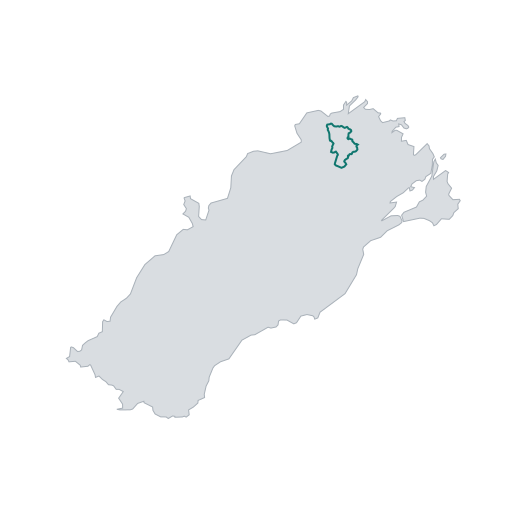 Turkey, with Denizli highlighted, rotated 144°
{"feature_id": "TUR-2274", "entity_name": "Denizli", "entity_type": "Province", "adm_level": 1, "iso_a3": "TUR", "parent_name": "Turkey", "parent_adm1": "", "projection": "orthographic", "projection_center": [29.199, 37.681], "detail": "fine", "context": "in_parent", "style": "outline", "palette": "teal", "viewbox_px": 512, "rotation_deg": 144, "n_neighbors": 0, "source": "natural_earth", "source_scale": "10m", "svg_char_len": 5172}
<svg xmlns="http://www.w3.org/2000/svg" viewBox="0 0 512 512"><g transform="rotate(144 256 256)"><path d="M380.8,171.7L387.7,173.2L389.5,171.2L395.5,170.6L401.0,171.1L403.4,166.8L407.2,166.7L408.2,168.6L410.1,169.0L416.4,173.2L415.9,174.0L417.5,175.6L422.5,176.1L423.3,178.6L427.7,181.9L430.5,187.5L430.1,191.7L428.4,194.6L432.8,203.1L432.1,204.4L438.4,206.3L445.7,204.7L448.2,205.5L456.5,211.4L458.7,213.8L453.3,211.3L451.0,214.6L450.7,221.7L443.1,224.3L445.1,228.5L447.5,230.3L447.5,234.6L448.4,236.2L451.0,238.6L451.3,242.5L452.8,246.4L453.6,251.2L457.2,252.1L456.0,254.6L453.9,265.0L454.3,265.8L456.8,265.6L463.1,269.2L462.4,270.9L464.0,277.0L469.5,280.3L469.1,282.5L469.6,284.6L465.9,284.2L459.7,291.0L458.9,291.0L457.6,289.2L456.5,283.6L454.6,282.5L452.3,282.5L448.8,285.7L445.2,286.1L441.6,286.2L431.8,284.1L428.5,285.9L424.8,285.1L418.7,293.0L416.6,293.8L415.1,290.6L412.4,289.0L409.6,292.0L398.0,297.0L392.4,298.3L385.5,298.0L379.9,299.1L365.3,308.6L350.9,314.4L337.6,315.5L329.8,311.4L324.0,310.9L307.6,319.8L299.2,320.3L296.1,317.5L289.6,316.7L288.4,319.7L287.6,326.8L290.4,333.0L286.7,333.6L284.5,335.2L284.2,340.1L281.0,342.2L280.1,345.2L279.5,345.3L274.0,343.3L275.3,340.9L271.3,332.2L272.8,329.4L279.2,321.7L278.7,317.5L275.5,314.7L267.1,320.7L266.4,322.8L264.5,324.5L261.3,325.3L245.2,319.4L236.3,326.0L228.8,335.2L223.0,338.8L205.5,342.0L202.5,343.8L196.4,342.2L192.7,340.0L184.2,330.2L168.7,323.0L152.5,321.5L151.1,323.4L150.7,331.2L148.2,338.5L146.9,339.3L143.2,337.5L130.8,341.9L120.0,337.2L118.2,335.1L115.8,326.6L114.2,326.0L112.5,327.2L110.7,327.1L103.1,323.4L99.0,323.2L96.5,326.7L92.4,328.2L92.3,327.1L94.0,324.8L87.5,325.2L84.1,326.9L79.5,325.7L79.8,324.8L83.6,323.7L92.2,322.5L97.7,316.9L77.3,316.9L75.3,318.1L75.1,315.2L76.2,313.8L81.6,312.9L81.3,310.4L78.1,307.8L74.6,306.3L73.1,300.1L71.3,298.5L71.5,297.7L74.9,296.7L75.7,292.2L75.2,289.5L68.8,286.9L67.3,287.1L65.8,284.7L63.0,282.9L60.7,284.2L54.3,280.4L55.6,277.8L57.2,277.9L57.5,275.8L56.4,272.3L56.6,270.5L58.0,270.1L59.6,270.5L61.1,272.6L61.2,276.6L62.9,279.0L64.2,276.6L67.1,278.0L72.5,276.9L73.5,275.9L69.6,275.9L68.2,274.9L65.2,268.4L68.5,266.5L70.9,263.4L66.5,261.2L67.5,256.8L63.9,251.7L69.1,245.4L68.8,244.4L67.3,244.0L51.5,246.3L51.3,243.4L52.6,240.9L52.7,234.8L53.5,231.4L56.4,230.5L60.1,225.7L66.0,220.1L71.9,220.4L74.3,218.8L77.9,218.8L78.9,221.1L82.0,222.7L87.5,222.6L90.1,221.1L87.6,218.2L90.7,217.4L93.2,218.1L91.8,221.2L92.6,221.5L99.7,220.6L107.1,221.4L115.3,221.1L116.4,220.1L110.6,217.0L114.3,214.2L116.3,213.7L133.5,211.1L133.5,210.5L123.1,209.1L117.6,205.5L116.2,203.5L117.2,198.6L118.4,197.4L122.1,197.2L135.0,199.3L144.1,197.9L154.2,201.0L163.7,200.1L165.7,198.7L167.9,194.0L181.1,185.9L185.7,181.8L206.1,173.2L237.2,172.9L242.4,169.6L245.6,170.4L244.9,172.5L245.2,174.3L249.2,178.7L255.0,181.0L262.5,178.2L265.3,178.9L268.6,186.0L273.8,189.9L276.0,190.1L278.7,187.3L281.5,186.8L286.3,188.9L288.1,191.3L303.2,193.0L306.5,194.9L316.8,196.2L338.4,188.7L346.9,191.3L353.9,191.6L356.7,190.7L365.1,185.5L367.5,182.8L372.8,180.1L379.1,174.6L380.8,171.7ZM94.3,175.9L93.7,179.2L95.0,182.8L98.1,187.8L101.2,190.3L116.4,197.1L114.2,203.4L110.5,204.4L97.4,201.3L92.0,203.8L88.2,203.1L82.8,204.1L81.3,207.9L77.4,212.2L66.8,217.3L56.8,227.7L54.0,229.0L55.4,225.4L55.4,222.2L59.7,218.6L65.7,216.0L67.3,213.7L52.4,213.7L51.1,210.3L52.7,209.7L57.6,204.0L58.2,201.7L57.9,195.9L63.8,192.8L64.3,191.5L63.6,185.8L58.1,182.3L58.3,180.7L62.3,179.3L64.6,175.4L70.4,174.8L73.1,173.0L78.1,172.1L84.1,177.1L91.5,175.4L94.3,175.9ZM49.0,227.1L44.0,227.8L42.4,226.9L44.1,225.2L48.0,224.2L49.2,225.9L49.0,227.1Z" fill="#d9dde1" stroke="#a8b0b8" stroke-width="1"/><path d="M108.2,286.3L109.2,286.3L110.2,285.9L110.5,285.2L110.4,284.4L111.4,282.5L113.5,282.0L114.8,282.3L116.0,283.1L117.3,283.1L118.4,282.3L119.2,282.4L119.9,283.2L120.7,283.3L121.4,283.0L121.7,282.8L122.0,282.7L122.6,283.1L122.8,283.0L123.1,282.5L123.1,282.1L124.3,281.2L125.9,281.4L127.6,281.4L128.4,281.1L129.1,280.5L128.9,278.8L129.1,277.1L131.9,276.4L135.0,277.1L137.4,281.2L138.0,281.9L138.4,283.8L137.8,284.5L131.7,289.1L131.0,289.5L130.3,289.7L130.0,290.6L130.0,293.5L130.5,293.7L131.5,293.7L131.9,293.8L132.5,294.1L132.8,294.2L133.1,294.4L134.1,296.1L132.5,297.5L131.6,298.1L131.2,298.2L130.6,298.6L130.3,299.2L130.0,299.9L127.2,301.4L127.1,302.2L127.4,302.9L127.3,304.1L127.6,305.2L127.8,305.2L128.1,305.3L128.2,305.5L128.3,305.9L128.2,306.2L127.2,308.2L125.0,311.5L124.4,312.9L124.0,314.4L123.8,315.9L122.8,316.8L122.6,318.7L122.4,319.4L121.9,320.0L121.1,320.4L118.8,319.2L117.6,319.1L117.0,318.5L116.9,318.1L116.9,317.1L116.7,316.0L116.4,314.9L115.0,313.6L113.3,312.8L113.1,312.5L112.6,311.7L112.4,311.5L110.7,311.2L109.9,310.1L109.6,308.8L109.0,307.6L107.9,307.2L107.1,307.1L106.5,306.9L106.3,306.1L106.3,305.3L106.4,304.7L106.1,304.2L106.0,303.8L105.8,303.4L105.6,303.2L105.4,303.1L105.1,302.0L105.5,301.0L107.1,300.5L108.9,300.8L110.1,299.6L111.1,298.1L112.0,298.1L112.7,297.6L112.8,296.8L112.6,296.2L111.1,295.9L110.7,295.1L110.3,294.4L109.8,293.7L109.9,293.0L110.4,292.6L110.6,292.0L110.2,290.3L110.3,289.3L110.0,288.5L108.8,287.6L108.5,287.0L108.2,286.3Z" fill="none" stroke="#0f766e" stroke-width="2"/></g></svg>